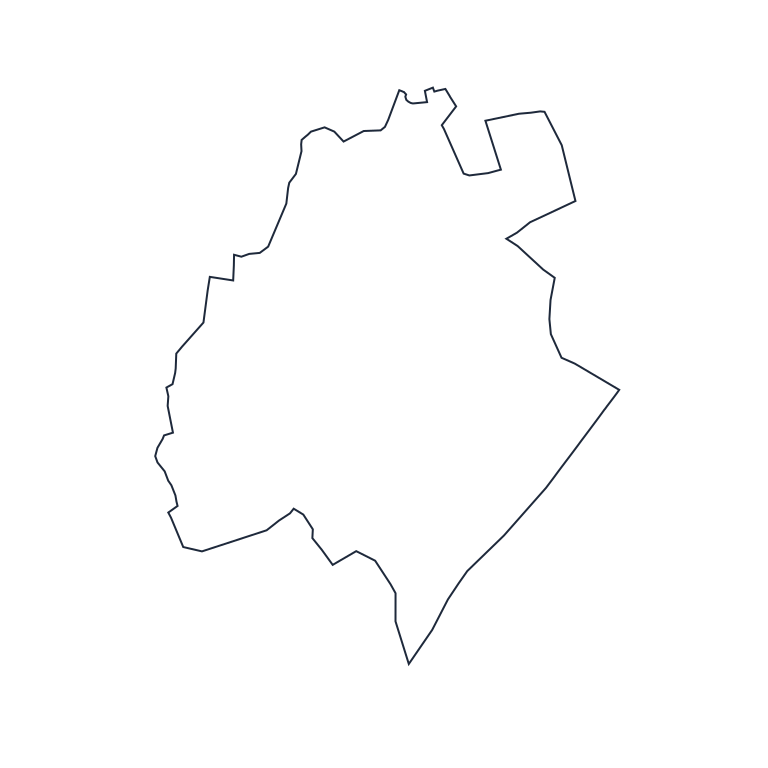 outline of Kaita, Katsina, Nigeria, rotated 161°
{"feature_id": "59680162B53208862785263", "entity_name": "Kaita", "entity_type": "district", "adm_level": 2, "iso_a3": "NGA", "parent_name": "Nigeria", "parent_adm1": "Katsina", "projection": "natural_earth1", "projection_center": [7.748, 13.186], "detail": "fine", "context": "isolated", "style": "outline", "palette": "slate", "viewbox_px": 768, "rotation_deg": 161, "n_neighbors": 0, "source": "geoboundaries", "source_scale": "gbopen_adm2", "svg_char_len": 1942}
<svg xmlns="http://www.w3.org/2000/svg" viewBox="0 0 768 768"><g transform="rotate(161 384 384)"><path d="M451.7,111.2L418.5,135.8L393.7,159.5L378.2,171.3L366.2,180.0L319.9,201.7L264.7,233.0L255.2,239.4L248.1,244.3L243.4,247.5L236.7,252.0L229.1,257.1L221.0,262.6L215.8,266.2L211.5,269.1L201.8,275.7L191.7,282.6L183.8,288.1L183.4,288.3L182.9,288.6L182.5,288.9L182.1,289.2L181.6,289.5L181.2,289.8L180.8,290.1L180.4,290.4L179.9,290.7L177.2,292.5L170.2,297.2L166.0,300.1L163.5,301.9L197.0,341.2L207.6,351.0L210.0,376.8L206.5,391.5L199.2,409.2L188.0,428.8L196.2,440.3L212.7,470.9L221.0,481.5L209.0,483.8L193.2,489.4L143.4,494.7L141.4,516.9L138.2,551.9L143.6,589.1L147.6,590.9L156.8,592.7L168.4,595.6L202.4,599.9L203.7,548.6L207.6,548.9L216.9,549.5L223.0,550.8L235.4,553.4L240.2,557.0L244.3,605.6L245.1,609.9L225.4,623.0L228.1,634.3L228.1,634.7L229.9,643.0L237.7,643.9L241.2,644.1L241.3,647.2L241.3,648.3L249.9,647.9L251.5,636.5L264.4,639.6L265.8,640.1L267.3,641.1L269.1,643.1L270.4,645.4L270.3,648.7L268.8,650.6L269.2,651.4L269.9,653.1L270.1,653.6L270.6,653.9L271.4,654.7L273.9,656.8L294.0,632.4L299.4,626.8L304.6,624.9L320.8,629.8L343.3,626.4L348.8,638.8L356.6,646.0L370.9,646.4L374.9,644.5L377.9,643.4L382.4,641.6L384.3,637.6L386.2,631.0L398.9,611.3L408.0,605.2L410.8,600.6L417.6,586.4L448.8,551.6L458.8,548.4L469.1,550.9L477.4,550.8L483.7,555.0L487.4,544.9L492.9,531.0L513.8,542.0L520.3,529.8L534.7,500.9L562.7,485.1L570.5,480.4L575.9,466.5L577.9,462.4L584.0,452.7L590.9,451.5L591.9,442.6L595.7,433.7L599.4,406.7L608.7,407.0L611.2,404.1L619.0,397.4L623.8,390.3L623.7,383.5L619.8,372.8L619.5,362.8L618.0,357.5L617.5,346.5L618.5,340.4L618.9,335.9L629.8,332.7L628.9,326.9L626.9,295.2L610.6,285.0L542.6,283.9L527.7,289.1L515.0,292.3L510.0,295.5L502.8,286.8L498.6,269.8L501.9,261.6L496.8,247.5L491.4,229.7L464.7,235.0L449.9,219.8L443.0,192.5L441.2,182.4L450.4,155.8L451.2,128.5L451.7,111.2Z" fill="none" stroke="#1e293b" stroke-width="2"/></g></svg>